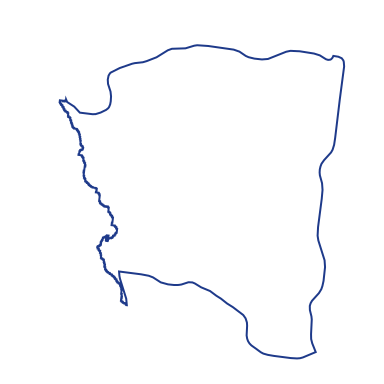 Santa Cruz de Barahona, Barahona, Dominican Republic (Robinson projection), rotated 187°
{"feature_id": "3306468B33433581758578", "entity_name": "Santa Cruz de Barahona", "entity_type": "district", "adm_level": 2, "iso_a3": "DOM", "parent_name": "Dominican Republic", "parent_adm1": "Barahona", "projection": "robinson", "projection_center": [-71.102, 18.188], "detail": "fine", "context": "isolated", "style": "outline", "palette": "blue", "viewbox_px": 384, "rotation_deg": 187, "n_neighbors": 0, "source": "geoboundaries", "source_scale": "gbopen_adm2", "svg_char_len": 6018}
<svg xmlns="http://www.w3.org/2000/svg" viewBox="0 0 384 384"><g transform="rotate(187 192 192)"><path d="M68.3,344.3L68.9,342.4L70.0,340.8L70.9,340.2L73.0,339.7L75.2,340.1L81.8,343.2L87.8,344.3L102.2,344.8L111.5,344.1L115.6,342.7L132.8,333.3L138.7,332.1L146.3,332.0L152.3,332.7L155.2,333.6L162.0,337.1L168.0,338.4L193.7,338.9L204.7,338.3L207.6,337.5L216.0,333.8L229.4,331.7L233.3,329.7L243.6,321.4L252.9,316.4L256.6,314.8L264.6,312.9L267.1,312.0L278.9,306.2L287.1,300.7L287.9,299.8L289.0,297.3L289.3,293.2L288.5,289.0L285.1,281.7L284.0,277.0L283.7,272.1L283.9,269.0L284.7,266.1L285.5,264.8L287.3,263.0L292.4,259.7L297.3,257.5L300.4,257.1L313.0,257.1L319.3,262.4L326.9,266.1L328.3,268.6L328.3,267.5L328.8,267.5L328.8,266.9L329.4,266.9L329.4,266.3L331.0,266.3L331.0,266.9L334.3,266.9L334.3,265.0L333.7,265.0L333.7,263.8L332.6,263.8L332.6,262.5L331.5,262.5L331.5,261.9L331.0,261.9L331.0,260.7L329.9,260.7L329.9,259.4L329.4,259.4L329.4,258.8L328.8,258.8L328.8,257.5L327.7,257.5L327.7,256.9L327.2,256.9L327.2,256.3L325.5,256.3L325.5,255.6L325.0,255.6L325.0,255.0L324.4,255.0L324.4,252.5L323.9,252.5L323.9,251.3L322.3,251.3L322.3,250.6L321.7,250.6L321.7,248.8L321.2,248.8L321.2,248.1L320.6,248.1L320.6,246.3L320.1,246.3L320.1,245.6L319.6,245.6L319.6,244.4L319.0,244.4L319.0,243.1L318.5,243.1L318.5,241.9L317.9,241.9L317.9,241.3L316.8,241.3L316.8,240.6L314.1,240.6L314.1,240.0L313.6,240.0L313.6,239.4L313.0,239.4L313.0,238.7L312.5,238.7L312.5,238.1L311.9,238.1L311.9,237.5L311.4,237.5L311.4,236.2L310.8,236.2L310.8,235.0L310.3,235.0L310.3,233.1L309.7,233.1L309.7,231.2L309.2,231.2L309.2,229.4L308.7,229.4L308.7,226.2L308.1,226.2L308.1,225.0L307.6,225.0L307.6,224.4L306.5,224.3L306.5,223.7L305.9,223.7L305.9,222.5L305.4,222.5L305.4,221.9L305.9,221.9L305.9,220.6L307.0,220.6L307.0,220.0L308.1,220.0L308.1,218.7L308.7,218.7L308.7,215.6L309.2,215.6L309.2,215.0L305.9,215.0L305.9,214.4L305.4,214.4L305.4,213.7L304.9,213.7L304.9,213.1L304.3,213.1L304.3,212.5L303.8,212.5L303.8,210.0L303.2,210.0L303.2,209.3L302.7,209.3L302.7,208.1L302.1,208.1L302.1,207.5L301.6,207.5L301.6,205.6L301.0,205.6L301.0,204.3L301.6,204.3L301.6,200.0L302.1,200.0L302.1,198.1L301.6,198.1L301.6,195.0L301.0,195.0L301.0,193.1L300.5,193.1L300.5,192.5L300.0,192.5L300.0,191.8L299.4,191.8L299.4,190.0L298.9,190.0L298.9,189.3L297.8,189.3L297.8,188.7L297.2,188.7L297.2,188.1L296.1,188.1L296.1,187.5L295.6,187.5L295.6,186.8L295.0,186.8L295.0,186.2L294.0,186.2L294.0,185.6L292.9,185.6L292.9,184.9L291.3,184.9L291.3,184.3L288.0,184.3L288.0,183.7L286.9,183.7L286.9,180.6L287.4,180.6L287.4,179.9L284.7,179.9L284.7,179.3L284.2,179.3L284.2,178.7L283.6,178.7L283.6,177.4L283.1,177.4L283.1,171.8L282.5,171.8L282.5,171.2L282.0,171.2L282.0,169.9L281.4,169.9L281.4,169.3L280.4,169.3L280.4,168.7L279.3,168.7L279.3,168.1L278.2,168.1L278.2,167.4L277.1,167.4L277.1,166.8L275.5,166.8L275.5,167.4L273.8,167.4L273.8,166.8L273.3,166.8L273.3,166.2L272.7,166.2L272.7,162.4L272.2,162.4L272.2,161.8L271.1,161.8L271.1,161.2L270.6,161.2L270.6,159.9L270.0,159.9L270.0,159.3L269.5,159.3L269.5,158.7L268.4,158.7L268.4,157.4L267.8,157.4L267.8,156.8L267.3,156.8L267.3,151.8L267.8,151.8L267.8,149.3L264.6,149.3L264.6,148.7L264.0,148.7L264.0,148.0L262.9,148.0L262.9,146.8L262.4,146.8L262.4,146.2L261.8,146.2L261.8,142.4L262.4,142.4L262.4,141.8L262.9,141.8L262.9,140.5L263.5,140.5L263.5,139.3L264.6,139.3L264.6,138.6L265.1,138.6L265.1,137.4L265.7,137.4L265.7,136.8L266.7,136.8L266.7,136.2L268.9,136.2L268.9,135.5L269.5,135.5L269.5,133.6L270.0,133.6L270.0,133.0L271.1,133.0L271.1,133.6L271.6,133.6L271.6,135.5L270.6,135.5L270.6,136.2L269.5,136.2L269.5,138.6L271.1,138.6L271.1,138.0L271.6,138.0L271.6,137.4L272.2,137.4L272.2,136.8L273.3,136.8L273.3,136.2L274.4,136.2L274.4,135.5L274.9,135.5L274.9,133.6L275.5,133.6L275.5,132.4L276.0,132.4L276.0,131.1L276.5,131.1L276.5,129.9L276.0,129.9L276.0,128.6L276.5,128.6L276.5,128.0L277.1,128.0L277.1,127.4L277.6,127.4L277.6,126.8L278.7,126.8L278.7,126.1L279.3,126.1L279.3,125.5L278.7,125.5L278.7,124.3L277.6,124.3L277.6,123.0L277.1,123.0L277.1,122.4L276.0,122.4L276.0,120.5L275.5,120.5L275.5,119.9L274.9,119.9L274.9,118.0L274.4,118.0L274.4,115.5L273.8,115.5L273.8,114.9L272.7,114.9L272.7,114.3L271.6,114.3L271.6,113.6L271.1,113.6L271.1,111.8L270.6,111.8L270.6,110.5L270.0,110.5L270.0,109.2L269.5,109.2L269.5,108.0L270.0,108.0L270.0,107.4L269.5,107.4L269.5,106.7L268.9,106.7L268.9,104.9L268.4,104.9L268.4,104.2L267.8,104.2L267.8,103.6L267.3,103.6L267.3,103.0L266.7,103.0L266.7,102.4L265.7,102.4L265.7,101.7L264.0,101.7L264.0,101.1L263.5,101.1L263.5,100.5L261.8,100.5L261.8,99.9L261.3,99.9L261.3,99.2L260.2,99.2L260.2,98.6L259.1,98.6L259.1,98.0L258.6,98.0L258.6,97.4L258.0,97.4L258.0,96.7L257.5,96.7L257.5,96.1L256.4,96.1L256.4,94.9L255.9,94.9L255.9,94.2L255.3,94.2L255.3,93.6L254.8,93.6L254.8,93.0L253.7,93.0L253.7,92.4L252.6,92.4L252.6,91.7L252.0,91.7L252.0,90.5L251.5,90.5L251.5,89.9L251.0,89.9L251.0,88.6L250.4,88.6L250.4,86.7L249.9,86.7L249.9,82.3L249.3,82.3L249.3,79.8L248.8,79.8L248.8,78.0L249.3,78.0L249.3,75.5L248.8,75.5L248.8,74.8L247.7,74.8L247.7,74.2L247.1,74.2L247.1,73.6L245.5,73.6L245.5,73.0L243.9,73.0L243.9,72.3L243.3,72.3L243.3,71.7L242.9,71.7L244.3,78.1L252.9,97.1L253.8,99.8L254.7,104.2L232.5,104.1L224.7,103.6L220.3,102.5L212.0,98.5L204.6,97.4L198.4,97.5L194.0,98.1L191.2,98.9L184.5,102.0L180.6,102.3L178.1,101.6L171.3,98.5L162.0,95.9L155.2,92.0L150.3,89.7L143.6,85.6L137.4,82.7L126.1,76.1L123.4,73.1L121.6,69.2L121.0,66.0L120.3,56.3L119.4,53.2L118.2,50.8L116.5,48.7L114.4,47.0L104.1,41.3L101.5,40.3L97.0,39.6L90.9,39.3L73.8,39.2L67.5,39.6L64.5,40.2L61.8,41.3L49.7,48.2L54.2,56.4L55.8,60.5L56.5,65.3L57.6,80.1L58.3,83.1L60.6,89.2L61.2,93.3L60.7,96.1L59.6,98.7L53.7,107.1L51.8,111.3L51.1,114.6L50.6,119.8L50.8,133.7L52.1,140.4L60.7,159.3L62.0,163.9L62.6,172.5L62.4,201.1L62.7,210.0L64.0,216.6L67.1,224.1L67.7,226.9L67.9,229.9L67.6,232.9L66.9,235.8L64.8,239.7L58.8,248.2L57.6,251.1L56.7,256.1L56.5,263.0L56.6,301.9L56.3,335.1L57.2,339.6L57.8,341.0L59.7,343.0L63.2,344.1L68.3,344.3Z" fill="none" stroke="#1e3a8a" stroke-width="2"/></g></svg>